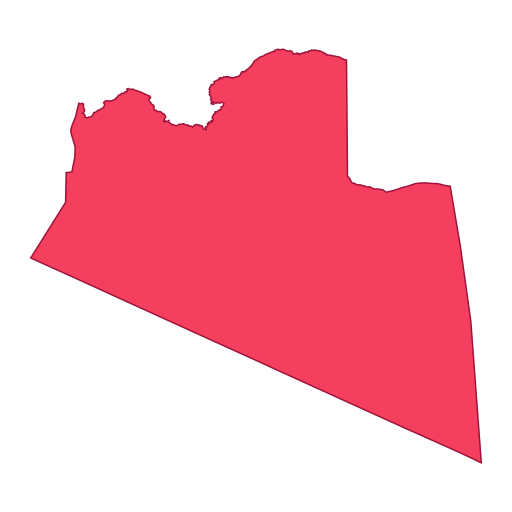 outline of Vaisigano East, Gaga'ifomauga, Samoa
{"feature_id": "51752279B23557786171080", "entity_name": "Vaisigano East", "entity_type": "district", "adm_level": 2, "iso_a3": "WSM", "parent_name": "Samoa", "parent_adm1": "Gaga'ifomauga", "projection": "albers", "projection_center": [-172.632, -13.561], "detail": "fine", "context": "isolated", "style": "filled", "palette": "rose", "viewbox_px": 512, "rotation_deg": 0, "n_neighbors": 0, "source": "geoboundaries", "source_scale": "gbopen_adm2", "svg_char_len": 4556}
<svg xmlns="http://www.w3.org/2000/svg" viewBox="0 0 512 512"><path d="M346.5,60.1L344.0,59.4L342.4,58.7L339.9,57.3L338.6,56.9L336.7,56.6L334.9,56.1L333.0,56.0L332.2,55.5L327.5,55.0L326.9,54.5L326.1,54.7L325.6,53.7L323.2,52.6L321.3,51.5L319.7,51.0L315.3,50.1L314.1,50.1L313.4,50.7L312.9,50.3L311.7,50.0L310.7,50.8L308.5,51.0L308.4,52.2L306.9,52.2L305.9,51.8L304.9,52.2L304.0,53.0L303.6,52.8L300.3,53.7L299.8,54.5L299.1,53.7L298.4,54.0L297.7,53.1L296.7,53.9L296.2,53.3L294.7,54.0L293.3,54.2L293.2,53.2L292.4,52.5L291.6,51.2L289.9,50.7L288.1,51.3L287.3,50.8L286.5,50.8L284.2,49.6L283.0,49.2L281.4,49.6L279.8,49.7L278.0,49.2L277.0,49.8L275.8,49.9L274.6,50.5L274.4,51.5L272.8,51.7L271.3,52.2L270.4,52.7L268.7,53.2L267.2,54.1L266.0,54.1L263.9,55.7L262.1,56.6L261.3,56.4L258.8,57.9L256.2,60.0L255.6,60.0L254.2,61.3L252.4,64.3L251.9,64.8L251.7,65.7L250.7,66.1L250.6,66.9L249.5,67.4L248.7,68.6L248.0,68.8L246.9,69.9L246.2,70.0L245.7,71.3L244.5,71.3L244.3,72.0L243.6,71.9L242.6,71.5L242.4,72.1L241.5,72.1L241.2,73.0L240.7,73.5L240.4,74.6L239.4,75.8L238.5,76.2L232.6,78.0L231.4,77.4L230.7,77.8L229.5,77.1L229.0,77.4L228.2,76.6L226.7,76.9L225.8,76.6L225.6,76.9L224.3,77.2L223.7,76.9L223.4,77.4L222.3,77.9L222.2,78.6L221.6,78.6L221.4,77.9L220.7,77.6L219.0,78.3L219.4,79.2L214.2,81.6L214.5,81.9L213.9,83.6L212.6,84.7L211.5,84.5L211.0,84.9L211.0,85.8L209.7,87.6L209.2,89.1L209.8,90.5L209.3,92.4L209.7,93.1L209.8,94.0L209.3,94.6L210.2,95.2L210.6,96.2L210.5,96.9L211.6,97.9L211.6,98.3L210.5,99.3L211.3,100.2L211.3,101.0L211.4,102.0L211.1,103.7L213.7,104.4L213.7,104.0L212.0,103.8L212.3,102.1L213.4,102.2L213.9,102.7L214.9,102.6L215.9,103.4L216.7,102.5L217.9,103.0L218.9,102.8L220.1,103.2L220.5,102.6L221.5,102.3L222.5,102.4L223.9,103.7L223.3,104.8L223.4,105.6L222.7,106.5L221.2,106.8L220.9,107.7L221.3,108.3L220.8,109.4L220.0,110.1L219.3,109.8L216.6,111.9L215.6,111.7L215.0,112.0L215.3,113.5L214.6,113.6L213.7,114.3L213.5,115.5L212.4,116.4L212.5,117.3L212.2,118.3L213.2,119.2L212.8,120.9L211.3,120.5L211.1,120.8L212.0,121.5L211.3,122.3L209.9,122.0L209.6,122.4L208.7,122.4L209.1,123.7L208.1,123.9L207.5,123.6L207.5,125.9L206.9,126.7L205.4,126.9L205.3,128.0L206.1,128.8L206.1,129.6L205.2,129.5L204.1,129.3L203.5,128.9L202.0,125.8L200.0,125.6L199.6,125.0L198.6,125.3L196.9,124.5L195.7,124.7L194.2,125.3L193.2,126.7L192.3,127.0L191.9,126.3L190.4,126.0L189.8,126.2L188.4,125.9L188.2,125.0L187.3,125.1L185.9,124.9L184.1,124.3L183.9,123.8L182.6,123.8L181.9,124.3L179.7,124.1L176.9,125.6L175.7,125.7L172.8,124.5L171.9,124.8L170.8,123.5L169.6,122.9L168.7,122.0L169.0,120.5L168.6,120.5L168.1,121.6L167.5,121.3L165.2,121.0L165.0,122.1L164.2,121.9L163.6,121.2L164.5,119.4L164.6,118.7L165.8,117.0L164.0,113.9L162.4,113.6L161.8,112.7L160.8,111.8L159.6,111.5L157.8,111.6L156.6,110.9L156.2,110.2L155.1,110.5L154.2,110.0L154.0,108.0L154.1,106.4L153.5,105.1L152.5,104.9L151.1,103.3L150.7,102.6L149.0,100.7L148.9,99.8L149.5,98.7L150.4,98.1L150.6,97.2L149.6,96.8L149.6,95.9L149.0,96.0L145.3,94.1L143.5,93.4L140.1,91.8L136.8,90.7L134.3,90.0L133.0,89.1L131.9,89.3L130.7,89.1L130.2,89.4L128.9,89.0L128.3,88.5L126.8,89.2L127.3,90.9L126.7,91.6L126.0,91.6L124.6,92.2L124.3,93.2L123.2,93.4L122.1,93.2L121.1,93.8L120.6,94.7L118.8,95.0L116.7,97.7L115.6,98.4L115.6,99.2L112.0,100.7L109.6,101.0L107.5,100.8L105.4,101.0L103.6,102.5L104.4,104.0L104.6,105.3L103.9,106.6L102.4,108.2L101.3,108.9L99.2,109.9L97.8,110.4L96.0,112.0L95.1,112.2L94.8,112.8L93.8,112.6L93.2,114.2L92.7,115.3L91.7,116.3L90.3,117.0L88.7,117.1L87.2,117.8L85.0,117.4L84.7,117.0L85.2,116.1L84.0,114.0L83.5,113.3L82.6,113.0L83.5,112.3L84.3,111.3L84.6,109.8L83.5,107.7L83.5,104.6L82.9,103.4L82.1,103.8L81.6,103.5L80.6,103.9L78.9,103.2L77.1,110.0L76.5,112.8L75.8,115.9L74.2,120.2L73.2,122.6L71.9,125.9L70.8,129.9L71.0,132.5L71.6,135.0L74.9,145.9L75.1,149.4L74.8,157.1L71.9,171.9L66.2,172.7L65.6,202.3L30.7,258.0L48.3,266.0L68.3,275.0L82.7,281.5L113.7,295.7L194.3,332.4L239.7,353.0L263.3,363.7L276.7,369.9L342.1,399.6L409.3,430.1L430.3,439.4L443.9,445.5L467.5,456.2L481.3,462.8L470.8,321.2L460.4,246.6L450.2,186.2L447.3,185.9L443.5,185.1L439.4,184.0L438.1,183.7L434.7,183.6L425.9,182.9L419.5,183.1L416.6,183.4L414.8,183.8L409.2,185.7L405.4,186.8L402.0,187.6L396.4,189.6L393.1,190.6L386.7,192.1L385.9,192.1L384.2,190.8L382.4,189.7L378.3,189.1L376.0,189.0L375.1,189.1L373.3,188.7L370.0,186.9L369.3,186.8L367.3,187.1L364.5,185.9L362.7,185.7L360.5,184.9L358.4,184.8L357.2,184.9L356.3,184.7L355.1,183.5L352.3,183.0L351.2,181.8L349.9,178.9L349.1,177.7L348.3,176.9L347.5,176.6L346.5,60.1Z" fill="#f43f5e" stroke="#9f1239" stroke-width="1.5"/></svg>